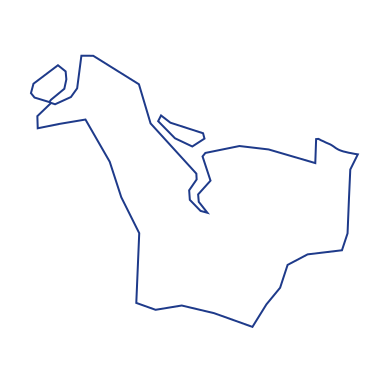 outline of Ryongchon, P'yŏngan-bukto, North Korea, rotated 92°
{"feature_id": "82179303B54196732560859", "entity_name": "Ryongchon", "entity_type": "district", "adm_level": 2, "iso_a3": "PRK", "parent_name": "North Korea", "parent_adm1": "P'yŏngan-bukto", "projection": "equal_earth", "projection_center": [124.373, 39.948], "detail": "fine", "context": "isolated", "style": "outline", "palette": "blue", "viewbox_px": 384, "rotation_deg": 92, "n_neighbors": 0, "source": "geoboundaries", "source_scale": "gbopen_adm2", "svg_char_len": 1235}
<svg xmlns="http://www.w3.org/2000/svg" viewBox="0 0 384 384"><g transform="rotate(92 192 192)"><path d="M245.0,40.1L227.9,35.1L193.1,34.9L164.0,34.6L148.6,27.6L148.4,29.2L148.2,30.8L147.9,32.7L147.6,34.5L147.3,36.7L146.9,38.6L146.5,40.5L146.2,42.1L145.8,43.5L145.3,45.1L144.8,46.5L144.2,47.8L143.6,48.9L143.0,50.0L142.2,51.1L141.3,52.5L140.4,54.0L139.7,55.3L139.1,56.8L138.6,58.1L138.0,59.7L137.5,60.8L136.8,62.3L136.3,63.6L135.7,65.1L135.0,66.4L134.5,67.6L134.8,69.8L145.6,69.8L158.8,69.8L146.8,116.9L144.4,146.2L152.5,180.0L156.1,182.7L180.0,173.9L194.2,185.8L201.6,184.9L212.2,175.9L210.6,182.8L199.9,193.9L190.4,194.9L179.3,187.8L173.5,188.3L124.9,235.8L86.2,248.8L59.3,295.5L59.7,307.3L92.4,310.4L101.3,316.3L109.1,331.9L107.9,335.9L121.6,349.2L133.7,348.4L128.6,327.0L123.3,301.0L164.6,275.3L199.7,262.5L235.0,243.3L275.7,243.6L304.8,243.8L311.0,224.3L305.8,198.3L312.3,165.8L318.5,146.3L324.7,126.9L301.7,113.7L284.6,100.6L261.5,93.9L250.3,74.3L245.0,40.1ZM103.1,352.7L107.1,337.7L104.8,336.2L93.3,323.2L83.8,321.5L75.9,322.5L70.0,330.4L89.3,354.2L98.8,356.4L103.1,352.7ZM138.9,210.9L146.5,193.3L138.2,181.4L132.9,183.0L123.5,216.0L116.6,225.6L122.4,228.3L138.9,210.9Z" fill="none" stroke="#1e3a8a" stroke-width="2"/></g></svg>